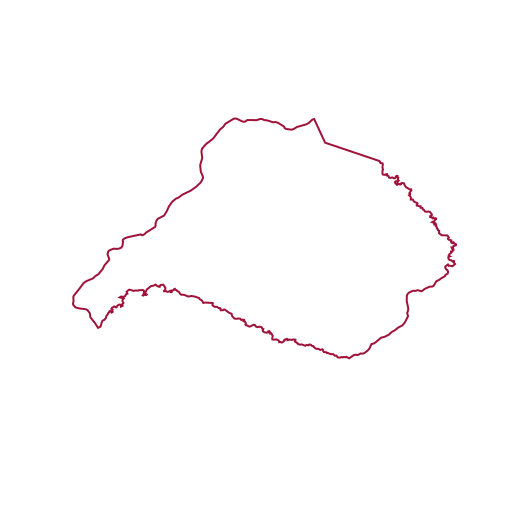 Cacahual, Guainía, Colombia, rotated 245°
{"feature_id": "7082276B48982003363918", "entity_name": "Cacahual", "entity_type": "district", "adm_level": 2, "iso_a3": "COL", "parent_name": "Colombia", "parent_adm1": "Guainía", "projection": "natural_earth1", "projection_center": [-67.671, 3.445], "detail": "fine", "context": "isolated", "style": "outline", "palette": "rose", "viewbox_px": 512, "rotation_deg": 245, "n_neighbors": 0, "source": "geoboundaries", "source_scale": "gbopen_adm2", "svg_char_len": 6127}
<svg xmlns="http://www.w3.org/2000/svg" viewBox="0 0 512 512"><g transform="rotate(245 256 256)"><path d="M162.2,423.5L163.5,422.7L165.2,422.6L166.1,422.8L166.6,423.5L167.2,426.4L165.6,426.6L164.9,428.3L163.7,429.7L164.6,433.0L166.0,432.6L167.7,433.3L168.0,432.9L167.9,431.8L169.4,431.3L170.4,429.8L172.1,429.3L173.6,429.7L173.9,430.1L173.8,431.5L174.6,430.7L175.0,430.8L176.0,432.2L176.4,434.0L177.6,434.6L176.9,435.8L177.8,436.6L178.1,437.7L178.6,437.8L179.2,436.9L181.1,436.9L180.6,438.2L181.6,439.1L181.2,441.6L182.1,442.2L183.7,440.9L185.1,440.8L185.2,440.3L184.6,439.6L184.9,439.1L186.4,438.7L187.6,439.6L189.2,437.7L190.1,437.2L190.7,437.3L191.3,438.6L193.8,438.1L196.3,433.1L199.2,431.5L201.5,432.7L202.5,431.8L203.6,432.1L204.5,431.6L205.8,432.1L206.9,431.6L208.0,432.5L209.9,432.5L210.1,432.2L209.0,431.6L209.1,430.9L211.0,431.2L212.2,430.0L212.3,432.5L213.2,433.5L213.3,434.8L213.8,435.1L214.4,434.7L214.4,433.5L215.8,433.1L215.5,432.0L216.8,431.4L217.6,430.3L218.5,430.6L218.4,432.3L219.2,432.9L222.3,432.3L223.4,431.2L223.7,429.8L225.0,427.9L226.8,427.7L227.7,426.9L229.2,427.1L230.1,425.6L231.6,426.2L232.0,425.0L233.0,424.2L233.8,423.0L234.3,423.1L235.2,424.5L235.8,424.6L237.6,422.9L239.1,422.0L240.9,422.0L241.8,420.1L243.5,421.1L245.4,420.9L246.4,420.4L246.7,421.7L247.3,422.0L248.2,421.6L249.8,424.5L250.8,424.8L251.2,423.7L254.8,421.1L257.3,420.6L259.3,420.9L260.6,418.9L260.5,418.2L259.8,417.8L259.9,416.8L262.0,415.3L261.6,414.7L260.9,414.5L260.9,413.9L263.3,413.0L264.2,413.1L264.6,414.0L264.6,414.8L263.6,415.3L264.0,417.2L265.5,416.9L267.0,418.1L268.0,417.3L268.8,418.0L269.2,417.5L269.0,416.4L267.9,415.5L267.7,414.9L268.2,413.8L269.7,412.6L270.0,410.6L270.9,409.7L272.3,409.9L273.8,408.5L274.6,409.5L274.9,409.4L275.4,406.4L276.3,405.4L277.5,405.5L280.2,406.9L280.6,407.6L282.9,408.1L285.7,409.8L286.6,409.8L287.6,408.1L289.8,408.1L329.5,366.5L355.6,366.6L355.8,364.8L354.2,359.6L354.1,357.2L355.6,347.8L355.2,344.0L355.4,341.7L358.5,336.9L359.9,336.0L361.3,336.2L367.5,332.2L369.2,330.3L369.9,328.1L374.2,323.4L375.8,320.8L377.4,319.6L378.4,317.6L378.9,313.9L382.9,305.6L382.4,302.8L382.9,301.5L384.1,300.1L388.4,296.7L389.5,295.1L389.8,293.6L388.8,284.2L386.8,280.7L385.9,276.9L380.5,266.7L378.5,257.8L376.0,252.4L373.8,250.7L367.5,248.7L362.2,244.0L361.1,243.5L355.7,241.6L351.0,241.5L349.1,240.9L346.8,238.2L345.7,236.1L344.0,230.9L342.8,224.1L342.7,215.1L341.7,210.7L341.8,207.7L340.6,203.0L337.7,198.0L334.4,194.2L331.5,189.8L331.2,182.6L330.3,181.0L328.0,178.7L326.2,178.0L325.0,176.9L323.7,166.2L322.9,164.3L322.7,162.1L323.2,161.2L324.3,160.7L327.3,147.3L327.5,144.2L327.0,142.3L326.1,141.6L325.1,141.5L321.5,139.2L320.6,137.5L320.5,135.4L321.1,133.2L322.8,130.0L323.1,125.5L322.5,123.9L319.9,122.0L315.5,121.8L314.3,120.8L311.7,114.9L309.0,111.5L306.1,105.5L305.7,101.9L304.6,98.8L304.9,91.8L304.3,88.2L300.8,81.8L297.1,74.2L296.2,73.2L292.1,71.5L289.9,69.8L288.5,69.8L285.7,70.7L283.4,73.4L279.6,79.3L278.1,80.4L274.4,81.2L270.5,80.0L263.3,81.7L257.6,82.5L257.7,85.2L261.7,88.8L262.3,89.9L262.2,91.4L263.3,93.9L264.8,94.9L265.5,96.6L266.6,97.6L266.9,98.8L267.9,99.9L267.7,100.8L265.8,101.1L265.8,102.3L266.4,102.7L267.0,102.4L267.9,103.3L269.2,102.6L269.8,103.4L270.1,106.4L268.6,107.4L268.4,107.9L269.5,109.2L269.8,111.4L269.0,112.8L267.2,112.2L267.2,114.0L268.7,113.8L269.1,115.6L269.6,116.1L270.8,115.8L272.5,116.4L273.4,118.2L276.1,115.0L276.3,116.4L275.0,118.6L275.0,120.5L276.3,122.1L276.2,123.5L278.3,123.6L279.1,126.5L278.9,127.2L276.0,130.5L275.8,132.0L274.5,134.3L274.4,135.8L272.8,139.3L272.1,139.7L271.3,139.5L268.9,138.1L268.2,136.7L267.8,137.0L267.9,138.6L267.0,139.9L267.2,140.7L268.7,140.0L269.5,140.2L271.8,142.9L273.1,148.2L272.5,150.2L272.5,152.9L270.3,153.9L268.8,155.5L268.8,155.9L269.7,156.1L270.0,157.6L269.1,159.9L265.3,160.4L263.9,159.5L263.3,158.0L262.9,157.8L262.5,159.2L261.0,160.5L260.6,161.8L260.7,163.1L259.3,163.4L259.0,163.9L259.1,164.5L260.5,164.3L260.0,166.5L260.1,167.3L260.7,168.0L260.6,168.6L259.4,168.7L258.7,169.6L257.5,169.8L256.2,170.9L253.7,171.3L252.5,171.9L251.3,174.3L247.8,177.6L247.1,180.5L245.1,183.4L242.0,186.6L240.5,186.8L238.5,188.2L235.7,188.4L235.3,190.2L231.8,196.8L231.3,196.9L230.0,195.8L229.2,195.9L227.2,197.3L226.5,199.1L224.7,200.1L224.0,201.4L223.2,201.6L222.3,201.0L221.7,201.1L220.8,203.1L221.1,204.4L220.7,205.0L215.8,207.7L214.0,209.4L211.5,209.0L208.6,209.9L207.7,211.0L206.4,214.4L205.8,215.2L204.2,215.6L203.9,217.2L203.2,218.2L202.5,218.2L202.1,217.3L201.3,218.1L199.8,218.4L199.1,218.3L198.3,217.4L197.2,217.8L196.8,218.7L195.3,219.7L194.6,220.6L194.7,224.8L193.9,225.8L192.1,226.1L190.9,227.2L190.5,229.2L189.2,231.0L187.2,231.0L186.7,231.7L185.4,230.5L184.7,230.5L183.3,231.4L181.9,233.3L181.8,234.3L182.6,235.2L182.2,236.4L181.6,236.5L180.8,235.9L180.3,236.6L179.5,236.2L179.1,237.2L176.5,237.4L174.4,235.8L173.5,235.6L172.6,236.8L171.7,239.4L169.6,240.9L168.1,240.6L167.8,241.9L167.0,242.3L166.5,243.6L167.4,246.2L167.8,246.0L168.0,246.3L167.9,249.0L167.4,249.4L166.4,249.0L165.9,251.6L164.9,252.6L164.6,254.8L163.8,255.5L163.5,256.4L163.1,256.3L162.8,255.4L162.1,255.1L160.2,256.2L159.9,256.7L158.4,256.9L157.1,258.4L156.7,259.9L153.8,262.7L154.1,264.2L152.8,265.9L153.3,266.8L153.1,267.3L152.2,268.3L151.0,268.6L150.0,269.9L149.0,269.9L148.5,270.4L147.3,270.7L146.0,272.0L145.5,273.4L143.7,274.5L143.4,276.7L142.5,277.1L141.4,276.7L140.2,276.9L139.2,278.9L138.1,279.2L137.8,280.1L135.5,282.2L134.4,284.5L132.3,285.3L131.8,286.7L129.5,287.3L128.4,289.2L128.2,291.0L127.4,291.8L127.4,293.0L126.3,294.5L126.4,295.3L123.9,297.2L124.9,302.9L124.3,304.8L123.2,306.3L123.4,309.7L122.4,311.5L122.2,312.8L123.1,317.2L124.0,319.4L127.4,323.5L126.9,325.8L127.3,328.3L129.1,334.7L128.4,338.5L128.5,342.8L129.8,347.1L130.0,350.5L131.1,354.8L131.2,359.2L132.7,362.6L137.1,368.3L140.4,368.9L142.4,370.9L144.4,371.9L151.6,373.6L156.4,376.0L157.6,377.6L158.2,379.3L158.2,383.4L157.0,385.8L156.7,388.1L154.2,391.0L154.2,392.4L154.9,394.9L154.8,400.5L153.9,402.6L153.8,404.2L156.9,408.7L157.0,412.6L157.4,413.6L157.9,418.8L158.8,419.7L159.1,422.4L160.5,423.4L162.2,423.5Z" fill="none" stroke="#9f1239" stroke-width="2"/></g></svg>